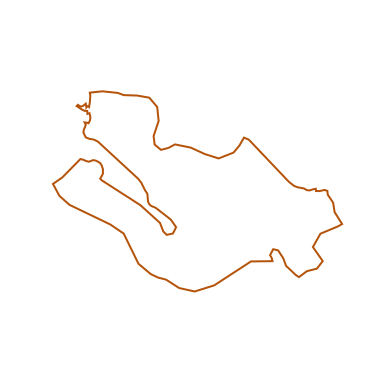 SVG path tracing the border of Kocaeli, rotated 45°
{"feature_id": "TUR-2266", "entity_name": "Kocaeli", "entity_type": "Province", "adm_level": 1, "iso_a3": "TUR", "parent_name": "Turkey", "parent_adm1": "", "projection": "natural_earth1", "projection_center": [29.739, 40.883], "detail": "fine", "context": "isolated", "style": "outline", "palette": "amber", "viewbox_px": 384, "rotation_deg": 45, "n_neighbors": 0, "source": "natural_earth", "source_scale": "10m", "svg_char_len": 1708}
<svg xmlns="http://www.w3.org/2000/svg" viewBox="0 0 384 384"><g transform="rotate(45 192 192)"><path d="M195.2,114.8L253.4,116.3L259.9,115.5L263.3,114.0L268.7,110.3L271.8,109.5L274.0,107.8L275.7,104.5L277.2,102.2L279.0,103.6L281.5,101.2L284.3,96.8L286.9,95.5L289.9,97.9L299.4,99.8L307.1,105.4L320.8,108.5L319.6,112.9L312.3,130.7L316.4,145.4L333.3,148.4L334.5,157.9L329.2,166.8L327.8,176.6L323.7,177.3L310.7,177.7L303.3,174.3L294.1,172.4L289.9,175.0L291.8,181.4L295.0,182.3L297.8,184.0L282.8,199.4L273.7,242.4L264.2,260.5L250.8,269.0L235.6,272.3L228.5,276.5L221.0,279.2L204.9,280.6L173.1,269.7L157.3,272.7L114.5,287.7L101.0,288.5L88.0,284.6L90.0,273.5L89.8,247.6L92.0,246.2L94.9,245.1L97.5,243.7L98.6,241.6L99.5,239.4L101.6,237.9L104.2,237.0L106.7,236.5L109.0,237.0L112.7,238.7L116.1,242.1L117.7,247.5L120.2,247.5L164.9,237.8L191.2,236.5L199.6,240.2L204.4,240.2L207.9,234.8L205.6,228.1L196.5,226.5L177.9,228.8L176.3,229.3L174.6,230.1L172.6,230.8L170.0,230.8L167.3,229.6L162.7,225.6L161.3,224.7L157.6,224.0L149.5,221.3L144.8,220.7L89.9,222.9L85.6,224.3L82.0,226.9L78.2,228.5L73.3,226.8L71.4,224.4L70.4,221.7L69.3,219.5L66.9,218.7L67.8,218.1L68.4,217.5L69.1,217.0L70.2,216.6L69.3,213.7L67.9,211.6L66.0,210.1L63.8,208.8L62.8,210.7L60.6,208.8L58.7,210.5L56.0,211.5L49.7,212.8L49.7,211.0L51.9,210.7L53.5,209.6L54.2,207.6L54.4,204.7L56.6,206.1L57.5,206.9L57.4,205.6L57.6,205.0L58.2,204.7L59.1,204.7L56.5,201.0L51.9,195.7L49.5,194.0L57.4,184.2L69.5,174.4L75.3,171.7L85.0,162.6L95.1,155.5L107.3,156.5L118.2,165.4L125.3,179.6L132.1,184.9L140.3,184.1L144.2,177.4L146.3,170.4L159.7,161.5L174.5,156.0L187.1,149.4L193.5,134.8L192.7,125.7L190.3,116.8L195.2,114.8Z" fill="none" stroke="#b45309" stroke-width="2"/></g></svg>